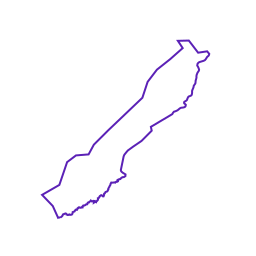 the district of Issyk Kul, Ysyk-Köl, Kyrgyzstan, rotated 144°
{"feature_id": "92254566B19952550744366", "entity_name": "Issyk Kul", "entity_type": "district", "adm_level": 2, "iso_a3": "KGZ", "parent_name": "Kyrgyzstan", "parent_adm1": "Ysyk-Köl", "projection": "albers", "projection_center": [77.461, 42.683], "detail": "fine", "context": "isolated", "style": "outline", "palette": "violet", "viewbox_px": 256, "rotation_deg": 144, "n_neighbors": 0, "source": "geoboundaries", "source_scale": "gbopen_adm2", "svg_char_len": 4615}
<svg xmlns="http://www.w3.org/2000/svg" viewBox="0 0 256 256"><g transform="rotate(144 128 128)"><path d="M18.7,140.2L18.9,143.5L27.0,147.7L27.4,163.0L36.4,169.2L36.8,160.5L53.4,158.9L70.3,158.2L85.0,153.8L98.6,144.0L145.7,137.7L165.4,134.6L175.4,129.8L186.2,136.4L197.3,136.2L217.0,122.3L236.8,124.4L234.7,109.1L237.3,96.6L237.2,96.6L236.8,96.5L236.7,96.2L235.7,95.7L235.4,95.5L235.4,95.3L235.5,95.2L235.3,95.3L235.2,95.3L234.8,95.3L234.6,95.3L234.4,95.3L233.9,95.3L233.6,95.3L233.3,95.4L233.2,95.4L233.1,95.5L232.6,95.5L232.4,95.6L232.2,95.8L231.7,96.1L231.5,96.3L231.4,96.3L231.1,96.2L230.8,96.2L230.7,96.1L230.4,95.9L229.8,95.9L229.6,95.9L229.4,95.8L229.1,95.6L228.7,95.5L228.7,95.4L228.5,95.2L228.3,94.5L228.3,94.4L228.4,94.1L228.5,94.0L228.4,93.9L228.1,93.5L228.1,93.4L228.0,93.1L227.9,93.0L227.5,92.8L227.1,92.8L227.0,92.6L226.9,92.5L226.7,92.5L226.4,92.5L226.4,92.4L226.2,92.1L225.9,91.9L225.8,91.7L225.4,91.6L225.1,91.3L224.8,91.2L224.4,91.0L224.1,91.1L223.6,91.2L223.5,91.3L223.2,91.4L223.0,91.6L222.8,91.8L222.7,91.9L222.6,92.0L222.3,92.4L222.2,92.5L221.6,92.3L221.3,92.2L221.2,92.2L220.9,92.1L220.4,91.9L220.2,92.0L219.6,92.3L219.1,92.3L218.9,92.4L218.7,92.6L218.4,92.7L218.2,92.6L218.1,92.4L217.8,92.3L217.6,92.0L217.5,91.9L217.3,91.9L217.2,91.8L216.7,92.1L216.5,92.4L216.3,92.6L216.1,92.7L215.9,92.7L215.7,92.7L215.5,92.4L215.4,92.4L215.2,92.4L215.1,92.5L214.8,92.7L214.6,92.8L214.2,92.6L214.0,92.4L214.1,92.2L213.7,91.8L213.4,91.5L213.2,91.3L212.9,91.3L212.7,91.2L212.3,90.9L212.1,90.7L211.7,90.7L211.4,90.5L211.2,90.8L211.0,91.1L210.9,91.2L210.9,91.3L210.7,91.3L210.4,91.2L210.1,91.4L209.9,91.6L209.7,91.6L209.4,91.2L209.1,91.1L208.9,91.0L208.8,90.9L208.7,90.9L207.8,90.7L207.5,90.9L207.3,90.9L207.1,90.9L206.8,90.8L206.6,90.7L206.4,90.7L206.2,90.6L206.0,90.3L205.8,90.3L205.7,90.3L205.5,90.5L205.3,90.7L205.2,90.8L204.8,90.9L204.8,91.0L204.7,91.1L204.4,91.1L204.1,91.2L203.9,91.2L203.5,90.8L203.4,90.7L203.0,90.8L202.9,90.9L202.6,91.0L202.2,90.9L201.5,91.0L201.4,91.0L201.0,90.9L200.8,91.0L200.8,90.9L200.6,90.7L200.6,90.3L200.6,90.1L200.4,89.9L200.3,89.7L200.2,89.6L199.9,89.5L199.6,89.6L199.3,89.6L199.2,89.5L198.8,89.4L198.7,89.3L198.5,89.0L198.2,88.8L198.4,88.7L198.7,88.5L198.8,88.4L199.0,88.1L199.2,87.9L199.4,87.7L199.2,87.7L198.9,87.5L198.5,87.5L198.2,87.5L197.8,87.5L197.7,87.3L197.4,86.8L197.1,87.1L196.3,87.1L196.2,87.2L196.1,87.3L195.9,87.3L195.5,87.3L195.4,87.4L195.1,87.4L194.8,87.5L194.6,87.5L194.4,87.6L194.3,87.8L194.2,88.1L194.1,88.3L193.8,88.4L193.6,88.8L193.3,88.6L193.1,88.6L192.8,88.6L192.7,88.6L192.2,88.7L192.0,89.0L191.8,89.1L191.6,89.1L191.4,89.1L191.2,89.2L191.0,89.4L190.9,89.4L190.7,89.5L190.2,89.4L189.7,89.5L189.3,89.5L189.1,89.4L188.9,89.2L188.9,88.9L188.6,88.1L188.5,87.4L188.4,87.3L188.0,87.2L187.9,87.1L187.7,87.2L187.3,87.6L187.0,87.8L186.9,87.8L186.7,88.3L186.4,88.5L186.1,88.8L185.9,88.9L185.6,88.7L185.3,88.7L185.2,88.7L184.2,89.3L183.9,89.4L183.7,89.4L183.0,89.2L182.8,89.1L182.1,88.9L181.6,89.0L181.1,89.4L180.7,89.5L180.0,89.8L179.9,89.9L179.9,90.1L179.9,90.3L179.7,90.4L178.9,90.8L178.7,91.0L178.4,91.1L178.1,91.3L177.4,91.4L176.9,91.9L176.6,92.0L176.4,92.1L176.2,92.1L175.9,92.2L175.7,92.3L175.4,92.5L175.2,92.9L175.1,93.0L174.5,93.2L173.9,93.6L173.6,93.7L173.4,93.4L173.0,93.1L172.7,93.0L172.4,92.7L172.2,92.6L171.9,92.5L171.7,92.4L171.5,92.2L171.4,92.1L171.2,92.0L170.9,91.9L170.6,91.8L170.5,91.6L170.3,91.5L170.3,91.4L169.6,91.5L169.3,91.5L169.2,91.5L169.0,91.4L168.8,91.1L168.7,91.0L168.4,90.9L167.8,90.8L167.6,90.8L167.4,90.8L167.2,91.0L167.3,91.9L167.3,92.0L167.2,92.1L166.4,92.0L166.0,92.0L165.9,91.8L165.7,91.7L165.4,91.6L165.1,91.6L164.9,91.5L164.5,91.5L164.4,91.4L164.2,91.3L164.1,91.2L163.9,91.3L163.5,91.5L163.0,91.5L162.5,91.5L162.3,91.5L162.0,91.4L161.8,91.4L161.5,91.5L160.2,90.7L158.4,90.6L157.3,91.9L158.5,94.8L158.9,96.3L158.9,97.3L158.5,98.2L148.2,107.6L146.7,108.5L143.5,109.4L141.3,109.9L135.0,109.9L124.6,109.6L110.4,111.9L108.8,115.5L84.0,113.2L82.8,113.8L81.3,114.2L79.6,113.6L77.5,113.2L74.5,113.4L73.2,113.2L71.8,112.4L70.6,111.8L69.4,111.6L68.5,111.9L67.6,112.8L67.7,113.6L68.0,114.8L67.9,115.4L67.0,116.1L65.2,115.9L64.5,115.9L63.6,116.1L62.9,116.7L61.3,117.6L60.4,117.8L59.4,117.5L58.1,117.2L57.4,117.2L56.3,117.9L55.3,119.0L54.4,120.3L53.3,121.1L52.2,121.7L51.0,122.5L50.0,123.5L48.6,124.0L47.4,124.4L46.4,125.4L45.4,126.6L44.3,127.4L43.0,128.5L42.4,129.4L41.4,130.5L39.4,131.8L38.4,132.2L37.0,132.7L36.2,133.4L35.8,134.6L35.4,136.2L35.3,137.8L34.1,139.0L32.9,139.4L31.6,139.4L27.3,137.9L25.8,137.7L24.3,138.1L23.4,138.5L22.1,139.0L20.5,139.1L19.7,139.4L18.7,140.2Z" fill="none" stroke="#5b21b6" stroke-width="2"/></g></svg>